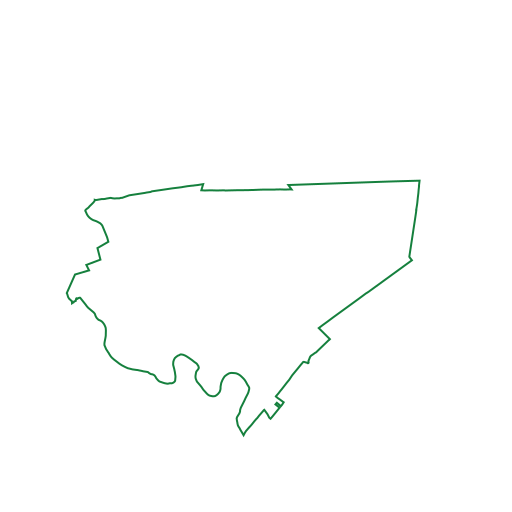 Valea Dragului, Giurgiu, Romania, rotated 54°
{"feature_id": "2599482B96012240826898", "entity_name": "Valea Dragului", "entity_type": "district", "adm_level": 2, "iso_a3": "ROU", "parent_name": "Romania", "parent_adm1": "Giurgiu", "projection": "orthographic", "projection_center": [26.302, 44.213], "detail": "fine", "context": "isolated", "style": "outline", "palette": "green", "viewbox_px": 512, "rotation_deg": 54, "n_neighbors": 0, "source": "geoboundaries", "source_scale": "gbopen_adm2", "svg_char_len": 6057}
<svg xmlns="http://www.w3.org/2000/svg" viewBox="0 0 512 512"><g transform="rotate(54 256 256)"><path d="M393.7,371.4L392.4,368.8L391.6,366.6L391.5,366.0L391.0,363.9L390.6,362.3L390.7,362.1L390.5,361.6L390.2,360.0L389.8,358.3L388.7,354.4L388.0,351.4L387.9,350.4L387.8,350.1L387.6,349.4L387.0,347.4L385.8,342.2L385.5,341.0L385.3,340.3L385.3,339.8L385.3,339.7L390.8,339.7L394.6,340.3L396.2,339.9L395.5,336.9L392.6,326.1L387.5,327.5L387.0,325.4L392.1,324.1L391.8,322.8L391.2,321.1L390.6,319.6L389.8,319.9L386.5,320.9L383.7,321.9L381.3,322.5L381.1,322.0L380.6,319.7L380.3,318.4L379.8,316.8L379.6,316.2L379.0,313.8L377.5,308.6L376.7,305.9L376.0,303.2L375.8,302.4L375.6,301.7L375.1,300.4L373.8,296.9L373.3,295.0L371.8,289.1L370.3,283.5L369.7,280.9L369.6,280.7L369.5,280.4L369.5,280.2L369.6,279.9L369.7,279.6L369.9,279.4L371.2,278.4L371.6,278.1L372.1,277.6L372.8,277.3L373.2,277.1L373.3,276.9L373.4,276.6L373.3,276.4L373.2,276.2L372.9,275.9L372.6,275.8L372.1,275.5L371.7,275.2L371.1,274.2L370.7,273.6L370.4,273.0L370.0,272.5L369.5,271.7L369.1,270.6L369.1,270.4L369.0,269.9L369.1,268.2L369.1,267.0L369.1,265.5L369.1,265.1L369.2,264.4L369.3,263.9L369.2,263.4L369.0,262.2L366.9,247.1L366.8,246.8L366.9,246.4L366.8,245.6L366.7,245.1L351.2,247.6L351.1,243.0L351.1,236.6L351.0,230.0L351.0,217.4L351.0,210.8L351.0,197.6L350.9,189.0L351.0,188.1L351.1,186.4L351.1,164.9L351.1,148.0L351.1,134.4L351.1,132.4L347.4,132.5L346.8,132.4L346.6,132.3L346.5,132.2L320.1,106.1L314.9,101.0L313.3,99.5L313.0,99.2L312.8,99.3L311.7,98.1L309.0,95.4L307.5,94.0L303.8,90.7L300.7,87.8L297.8,85.3L295.3,83.0L295.1,83.0L291.2,79.4L276.4,101.0L270.1,110.3L217.6,188.1L223.1,188.1L222.7,188.6L222.4,188.9L219.3,193.5L216.1,197.6L215.2,199.0L214.1,200.5L212.9,202.4L207.6,209.6L205.1,213.2L200.6,220.0L199.1,222.1L198.0,223.8L192.1,232.0L187.4,238.8L185.5,241.6L185.4,241.8L185.2,242.1L184.1,243.2L180.1,249.0L177.4,252.5L175.9,254.5L172.9,258.9L172.0,260.0L170.7,261.6L166.8,256.5L164.3,261.5L162.7,264.3L162.2,265.3L161.1,267.1L159.2,270.5L158.1,272.7L157.0,274.9L156.9,275.2L156.2,276.5L155.0,278.7L152.1,283.9L147.3,293.1L142.5,302.2L142.3,303.2L142.1,303.9L140.3,307.3L139.7,308.7L135.9,316.1L133.1,321.5L132.4,322.9L130.6,329.0L130.2,330.3L129.7,330.9L129.4,331.5L129.1,332.5L128.7,333.1L128.0,334.1L127.4,334.9L126.8,335.9L126.3,336.7L124.9,338.2L123.8,339.2L123.3,339.8L123.1,340.3L121.7,343.1L121.2,344.3L120.8,345.1L120.1,346.2L119.2,347.4L119.0,347.9L117.7,350.5L117.1,351.8L116.6,352.6L116.3,353.0L115.8,353.4L116.3,353.7L116.5,354.1L117.1,355.9L117.5,358.3L117.7,359.8L117.9,361.2L118.1,362.1L118.3,362.8L118.4,363.8L118.4,364.5L118.4,365.4L118.5,366.2L118.6,366.8L118.7,367.1L118.8,367.3L119.0,367.4L119.3,367.6L120.1,367.7L121.1,367.9L121.6,368.0L123.0,368.3L124.4,368.4L125.1,368.4L127.0,368.2L128.8,367.7L130.1,367.2L131.3,366.6L133.6,365.0L135.0,364.2L136.9,363.3L138.0,362.8L139.2,362.6L139.9,362.5L140.8,362.5L141.6,362.6L142.8,362.9L152.7,365.3L154.0,365.7L157.7,367.1L156.4,379.6L167.5,384.0L163.5,398.5L169.5,399.5L164.6,413.3L174.8,430.9L175.9,431.1L177.3,431.6L178.7,432.1L180.6,432.3L181.7,432.1L182.3,431.9L182.8,431.9L183.7,431.7L184.2,431.6L184.4,431.5L184.7,431.6L185.1,432.0L185.4,432.2L185.8,432.4L186.1,432.6L186.1,432.0L186.3,431.0L186.3,430.7L186.1,430.4L185.9,429.7L186.0,429.4L186.4,428.4L186.4,428.2L185.9,427.8L185.7,427.7L185.5,427.4L185.3,427.1L184.9,426.7L184.7,426.3L184.7,426.1L184.9,426.0L185.3,426.0L185.6,425.9L185.7,425.6L185.5,425.4L185.4,425.2L185.8,423.9L186.2,423.0L186.5,422.8L195.1,422.4L197.3,422.4L199.3,422.2L206.1,420.5L207.0,420.4L208.3,420.4L209.7,420.9L211.2,421.2L212.7,421.3L215.1,420.9L215.8,420.4L217.1,419.7L218.5,419.2L219.9,419.0L222.1,419.0L224.3,419.4L225.9,419.9L228.0,421.2L232.3,424.5L233.8,426.0L236.3,428.7L237.5,429.9L239.0,431.0L240.7,431.4L243.3,432.0L245.5,432.1L246.5,432.2L248.2,432.2L249.3,432.4L250.1,432.4L251.5,432.5L253.3,432.4L256.1,431.8L259.8,430.7L262.9,429.8L265.7,428.7L268.9,427.1L271.4,425.7L273.4,424.0L275.1,422.6L277.7,419.9L278.8,418.7L280.2,417.5L280.8,416.9L281.9,415.9L283.0,415.0L285.3,412.7L286.1,411.9L286.8,411.5L287.6,411.4L288.3,411.1L289.3,410.7L289.9,410.3L290.9,409.3L291.9,408.7L293.0,408.3L294.9,408.3L295.9,408.5L296.8,408.5L298.1,408.4L299.6,408.2L300.6,407.9L301.5,407.4L302.0,407.0L304.0,405.6L305.3,404.6L306.9,403.1L307.5,402.4L308.4,400.3L308.8,399.9L309.0,399.6L309.4,399.1L309.6,398.6L309.8,397.8L309.9,397.0L309.8,395.8L309.5,394.9L309.0,394.4L306.7,392.4L305.9,391.8L302.3,389.9L299.4,388.6L295.6,387.1L294.8,386.6L293.0,385.1L291.8,383.5L290.9,381.7L290.7,379.8L290.7,377.9L291.1,376.4L291.2,375.1L291.8,374.2L293.2,372.9L295.0,371.8L296.3,371.2L298.9,370.2L302.7,368.9L305.3,368.2L307.9,367.3L309.0,367.2L310.4,367.3L310.9,367.3L311.5,367.4L312.0,367.7L312.5,367.8L312.9,368.1L313.1,368.3L313.4,368.8L313.8,370.0L314.2,371.5L314.4,372.1L314.7,372.6L315.5,373.5L316.2,374.2L317.4,375.4L318.2,376.0L319.2,376.6L319.7,376.8L320.3,377.0L322.3,377.5L323.3,377.6L324.2,377.5L327.8,377.2L329.9,377.1L332.3,377.2L333.6,377.2L336.1,376.9L338.2,376.7L339.8,376.4L340.9,376.0L341.8,375.5L342.5,374.9L343.4,374.1L344.2,373.3L344.6,372.7L345.2,371.6L345.3,371.2L345.4,370.0L345.4,369.3L345.3,368.4L345.2,367.5L344.9,366.5L344.6,365.4L344.2,364.7L343.3,363.5L343.0,363.2L342.4,362.6L341.7,362.1L340.7,361.3L338.8,359.3L338.1,358.5L337.4,357.3L336.7,356.2L336.1,355.0L335.5,353.6L335.0,352.2L334.9,351.1L334.9,348.9L335.1,347.0L335.2,346.5L335.8,345.2L336.2,344.5L338.4,341.9L339.3,341.0L340.2,340.4L341.1,339.9L342.2,339.4L343.7,338.9L345.2,338.6L346.9,338.3L348.3,338.1L350.1,338.0L350.9,338.1L351.6,338.1L355.2,338.6L356.0,338.6L357.2,338.7L358.0,338.8L358.7,339.0L359.4,339.5L360.1,340.2L361.8,342.3L362.6,343.6L364.7,347.8L366.4,350.8L369.8,357.4L370.8,358.8L371.6,359.7L372.2,360.1L372.9,360.9L373.2,361.5L373.7,362.1L373.8,362.6L374.5,364.3L374.9,365.3L375.2,366.0L375.9,367.0L376.0,367.0L376.9,367.6L378.2,368.3L379.6,368.9L380.5,369.4L382.1,370.1L382.5,370.2L383.6,370.4L385.7,370.5L387.5,370.8L389.9,371.0L393.7,371.4Z" fill="none" stroke="#15803d" stroke-width="2"/></g></svg>